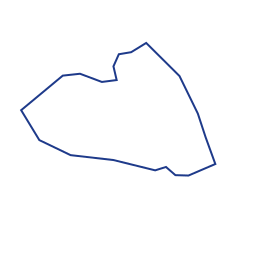 the County of Budaka, rotated 47°
{"feature_id": "UGA-5594", "entity_name": "Budaka", "entity_type": "County", "adm_level": 1, "iso_a3": "UGA", "parent_name": "Uganda", "parent_adm1": "", "projection": "orthographic", "projection_center": [33.979, 1.049], "detail": "fine", "context": "isolated", "style": "outline", "palette": "blue", "viewbox_px": 256, "rotation_deg": 47, "n_neighbors": 0, "source": "natural_earth", "source_scale": "10m", "svg_char_len": 398}
<svg xmlns="http://www.w3.org/2000/svg" viewBox="0 0 256 256"><g transform="rotate(47 128 128)"><path d="M213.9,88.7L204.0,116.2L194.8,125.5L182.4,126.8L177.5,137.0L141.5,160.5L108.7,188.5L76.4,201.1L42.1,194.0L45.2,140.0L55.6,126.1L76.5,115.7L85.2,103.6L73.0,96.6L67.8,84.4L74.7,74.0L78.2,56.7L125.1,54.9L165.1,67.1L187.6,77.5L213.9,88.7Z" fill="none" stroke="#1e3a8a" stroke-width="2"/></g></svg>